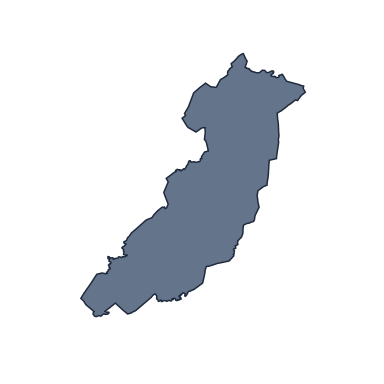 Lauderu pag., Ludzas, Latvia (Robinson projection), rotated 142°
{"feature_id": "27541924B59482299052757", "entity_name": "Lauderu pag.", "entity_type": "district", "adm_level": 2, "iso_a3": "LVA", "parent_name": "Latvia", "parent_adm1": "Ludzas", "projection": "robinson", "projection_center": [27.977, 56.316], "detail": "fine", "context": "isolated", "style": "filled", "palette": "slate", "viewbox_px": 384, "rotation_deg": 142, "n_neighbors": 0, "source": "geoboundaries", "source_scale": "gbopen_adm2", "svg_char_len": 5988}
<svg xmlns="http://www.w3.org/2000/svg" viewBox="0 0 384 384"><g transform="rotate(142 192 192)"><path d="M270.8,195.7L273.2,194.3L274.7,194.2L275.9,194.7L276.3,194.7L276.6,194.5L276.8,194.3L277.0,193.0L276.1,192.1L276.0,191.9L276.3,191.5L276.7,191.3L279.3,191.1L280.3,191.5L281.4,191.3L281.7,191.0L281.7,190.8L281.3,189.1L282.4,187.5L282.3,186.8L282.4,186.5L283.7,185.7L284.1,185.3L284.3,184.7L284.0,184.1L282.0,182.2L282.7,182.0L285.0,182.4L286.5,183.8L286.9,183.8L287.6,183.6L288.2,184.1L288.7,185.2L289.8,186.1L290.0,186.1L290.7,185.6L291.2,185.7L292.3,186.1L293.6,187.1L295.0,187.0L295.3,187.1L295.4,187.3L294.9,188.3L294.9,188.7L295.1,189.2L296.7,190.0L297.1,190.8L297.1,191.8L297.3,192.2L298.0,192.8L298.5,192.3L298.5,192.0L298.7,191.7L299.2,191.3L299.1,190.9L298.1,190.2L298.2,189.9L299.8,188.9L300.0,188.6L300.0,188.3L299.5,187.7L299.4,187.1L299.1,186.7L299.6,186.2L300.1,185.6L300.4,185.5L300.9,186.0L301.4,186.1L302.8,185.8L302.6,184.7L303.4,184.2L303.7,183.6L303.6,183.0L303.2,182.6L303.5,182.1L303.7,181.9L304.3,181.8L305.4,182.3L305.9,182.2L307.1,181.2L308.1,181.3L308.7,181.1L309.1,180.8L308.8,180.5L308.7,180.3L308.7,180.1L309.2,180.1L310.2,180.8L310.6,181.1L312.8,183.6L317.7,185.8L328.4,182.1L338.9,178.9L345.1,176.6L344.5,172.9L345.0,168.6L342.8,158.0L343.7,158.0L345.1,156.7L345.2,155.0L345.1,154.0L344.7,153.3L343.9,152.6L342.2,152.2L341.3,151.6L340.7,150.8L340.1,150.2L337.4,150.4L336.7,150.3L336.4,150.1L336.0,149.4L334.9,148.4L333.9,147.8L333.2,147.6L332.7,147.6L332.0,147.8L331.7,148.0L331.6,148.5L331.9,148.9L333.3,149.7L334.1,151.5L320.8,151.6L319.1,141.3L317.8,135.5L314.2,134.0L313.6,134.1L310.9,133.6L309.7,133.2L288.9,134.1L286.4,134.7L284.1,134.6L283.9,134.3L283.8,133.7L283.7,131.7L285.4,130.0L285.7,129.3L285.3,128.8L285.3,128.1L285.4,127.5L285.8,126.9L285.7,126.5L285.2,126.2L284.1,126.0L283.6,126.2L283.2,126.1L283.0,125.6L283.5,124.5L282.7,124.0L282.0,124.1L280.6,123.4L279.4,122.2L279.1,121.3L277.8,121.1L277.2,120.9L276.6,120.4L275.8,119.2L275.4,118.9L274.9,118.9L273.3,120.1L273.0,119.9L273.2,119.1L273.1,118.9L272.7,118.9L272.0,119.3L271.4,119.3L270.8,118.0L271.4,116.9L271.4,116.5L270.5,115.6L269.6,115.9L269.4,115.2L269.1,115.0L268.1,114.8L267.3,114.7L266.4,114.4L266.4,115.0L266.0,115.5L266.7,116.1L266.1,116.5L266.0,116.8L266.6,117.6L266.5,117.9L266.0,118.0L265.8,117.5L265.5,117.4L264.4,117.5L264.5,118.1L264.3,118.3L263.9,118.2L263.2,117.7L261.5,118.1L261.0,118.1L260.8,117.8L260.8,117.4L260.0,116.5L260.0,116.1L261.5,114.7L261.7,114.3L261.5,114.0L260.8,113.9L258.2,114.7L257.3,115.3L256.4,115.7L255.1,115.4L254.6,114.9L253.7,115.0L252.7,114.5L252.0,114.6L251.1,114.3L250.9,114.0L239.7,113.7L235.3,117.2L231.0,120.9L229.6,122.4L227.0,124.2L226.4,124.5L226.0,124.1L224.1,123.0L215.5,119.9L212.1,118.1L205.2,114.8L198.6,115.9L197.4,117.1L197.6,117.4L196.9,117.5L194.6,119.8L194.8,120.9L194.5,121.3L193.7,121.4L192.5,120.8L192.1,120.8L191.3,122.1L191.3,122.6L191.0,122.9L188.9,122.4L188.2,122.4L187.3,124.1L185.8,125.2L185.8,125.3L180.8,126.0L177.6,127.9L174.4,131.6L171.8,134.2L168.4,133.5L165.7,132.1L165.0,132.1L163.3,131.6L162.3,131.0L160.5,131.2L158.9,132.6L157.4,134.1L156.6,134.7L148.5,138.7L146.0,143.9L144.2,146.7L143.2,148.7L141.6,150.3L139.2,152.4L132.7,152.3L128.7,151.2L126.0,154.1L123.7,156.1L120.7,159.2L114.5,166.3L111.5,169.4L104.9,166.3L102.7,168.7L93.6,177.3L92.6,178.6L91.5,180.4L90.0,181.6L88.2,183.6L87.3,185.2L82.4,192.0L80.6,194.9L79.9,196.3L76.4,201.6L72.7,201.3L71.8,201.0L64.5,201.0L62.5,201.2L61.5,200.9L58.1,200.8L53.8,200.9L52.6,199.1L46.5,200.8L41.3,200.8L40.6,205.2L38.8,206.7L41.2,209.9L41.3,210.4L49.2,220.9L49.1,223.6L48.9,224.6L48.4,228.2L48.6,229.4L50.3,229.7L51.2,230.2L51.3,230.0L51.9,230.2L52.0,229.8L52.2,229.7L52.5,229.3L53.3,229.1L54.9,230.1L55.3,230.7L55.2,231.5L55.7,231.9L55.7,232.3L56.0,232.5L56.3,232.5L56.6,232.9L56.8,232.9L58.2,234.5L58.0,234.9L58.0,235.3L57.4,235.8L56.3,235.5L56.0,235.6L55.2,235.4L55.0,235.5L55.0,235.9L54.3,235.8L53.9,236.0L53.7,236.2L54.0,236.6L53.9,237.1L53.6,237.4L54.6,238.3L56.5,238.7L57.9,238.9L59.7,240.2L59.8,243.0L60.0,243.3L61.0,244.0L61.5,244.7L64.8,244.5L65.7,244.8L67.0,245.5L68.0,246.6L69.1,248.3L69.6,248.6L69.7,249.1L70.1,249.5L70.4,249.8L70.5,250.4L71.0,250.8L70.7,251.5L71.2,252.5L71.1,253.1L71.1,254.0L71.7,254.1L71.9,255.2L72.7,255.6L72.8,256.1L72.7,256.5L73.4,257.5L73.2,257.7L67.9,261.2L68.1,261.9L66.9,267.3L66.3,269.4L68.2,270.1L71.0,270.3L72.4,270.3L73.4,269.9L77.1,269.3L79.3,269.1L82.0,269.1L83.0,267.1L83.1,265.9L86.8,265.9L87.1,265.4L89.4,265.1L90.8,263.7L91.8,262.3L97.8,262.6L98.7,262.9L100.5,263.0L108.0,259.7L108.7,259.7L112.5,263.5L114.3,269.4L121.2,269.5L129.6,269.1L142.4,261.3L149.5,258.5L150.1,256.2L154.4,256.2L155.4,247.3L155.4,246.5L155.3,245.1L151.9,236.8L145.8,236.5L144.8,236.4L143.2,235.5L142.0,234.6L142.9,233.9L143.2,233.2L145.2,230.4L150.0,225.6L149.7,223.9L150.2,222.3L151.8,218.6L153.9,214.3L157.3,215.7L157.7,215.7L162.9,213.9L163.1,213.7L163.7,212.3L164.9,213.0L165.2,212.9L165.8,212.0L166.2,211.6L167.4,211.3L167.8,211.4L168.2,211.9L169.7,212.4L170.7,213.1L171.1,213.6L171.6,214.5L173.1,215.2L173.5,215.7L174.4,216.2L174.5,216.5L174.2,217.1L174.2,217.8L174.5,218.0L175.2,218.2L176.2,217.8L177.7,216.7L179.3,216.0L180.1,216.0L181.1,215.4L183.0,214.6L183.4,214.6L183.7,214.4L184.1,214.5L184.1,215.2L184.3,215.4L184.9,215.3L186.1,215.5L186.6,215.5L186.8,215.3L187.5,215.5L187.7,215.9L188.1,216.2L187.7,216.6L187.7,216.8L188.0,217.1L188.6,217.3L188.6,217.6L189.0,217.8L189.1,218.1L189.5,218.4L189.6,218.9L189.9,219.0L190.6,218.8L191.3,219.1L191.6,219.1L191.7,218.7L191.7,218.2L191.8,218.0L192.5,218.3L192.9,218.2L194.1,218.4L203.9,218.6L204.4,216.0L204.4,215.0L204.5,214.8L205.1,214.3L214.4,209.1L215.1,207.4L218.2,197.3L218.6,196.9L221.7,195.2L222.5,195.2L223.5,195.6L222.9,196.9L222.9,197.1L224.2,197.7L224.8,198.4L228.4,198.4L230.3,198.4L236.2,197.5L239.2,196.5L239.7,196.5L244.7,198.0L246.4,198.1L258.4,197.3L265.2,197.0L267.6,196.1L268.8,195.8L270.8,195.7Z" fill="#64748b" stroke="#1e293b" stroke-width="1.5"/></g></svg>